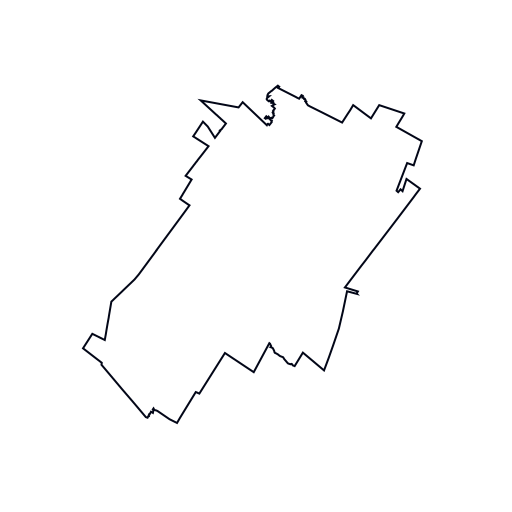 Cedral, San Luis Potosí, Mexico (Albers equal-area conic projection), rotated 206°
{"feature_id": "50627088B34080095276274", "entity_name": "Cedral", "entity_type": "district", "adm_level": 2, "iso_a3": "MEX", "parent_name": "Mexico", "parent_adm1": "San Luis Potosí", "projection": "albers", "projection_center": [-100.648, 23.94], "detail": "fine", "context": "isolated", "style": "outline", "palette": "ink", "viewbox_px": 512, "rotation_deg": 206, "n_neighbors": 0, "source": "geoboundaries", "source_scale": "gbopen_adm2", "svg_char_len": 3712}
<svg xmlns="http://www.w3.org/2000/svg" viewBox="0 0 512 512"><g transform="rotate(206 256 256)"><path d="M300.9,70.2L284.4,62.9L282.6,63.1L282.6,64.5L282.5,64.8L282.3,64.7L282.0,65.1L282.5,65.7L282.6,65.8L282.4,66.5L282.7,66.9L282.5,67.3L282.2,67.3L282.1,70.0L279.9,69.8L280.5,72.3L281.5,72.8L281.3,74.1L279.9,73.1L277.6,73.5L276.5,73.5L262.2,71.4L253.8,71.3L253.4,77.0L250.5,107.3L246.6,107.5L241.4,155.2L207.1,150.6L205.8,183.5L204.9,183.3L204.0,182.5L202.9,181.7L202.6,181.0L202.9,180.5L200.7,180.6L199.9,180.1L198.6,179.1L197.7,178.3L197.1,177.5L196.4,177.2L195.7,177.3L193.3,177.2L192.1,176.9L190.6,176.6L189.3,176.7L187.3,176.9L186.9,176.7L185.4,175.7L180.3,173.5L178.9,173.6L177.6,173.8L177.4,173.9L177.2,174.3L176.8,174.6L176.3,174.6L176.0,174.4L175.1,173.9L174.6,173.8L174.0,173.9L173.6,174.0L173.0,174.0L171.5,189.7L144.7,183.0L146.0,196.4L147.5,209.5L149.7,227.1L153.6,244.2L158.7,264.2L148.6,266.2L149.1,266.4L149.1,267.1L149.0,267.9L148.9,268.8L162.3,266.7L160.4,276.4L157.0,293.6L155.7,299.7L153.2,312.6L153.0,313.3L149.1,332.6L146.5,345.5L143.0,363.2L140.1,378.0L139.5,381.4L138.1,388.4L154.5,391.2L152.7,378.5L155.3,379.3L156.2,375.7L158.3,376.3L160.9,405.8L154.0,406.6L154.9,413.0L157.3,431.9L186.4,433.6L186.5,433.6L186.1,438.2L185.6,443.4L185.3,447.0L185.2,449.1L211.4,445.6L213.0,430.1L221.0,431.6L223.1,432.0L225.7,432.5L233.6,434.0L234.8,434.2L235.3,428.2L235.6,426.0L235.7,425.4L235.7,425.2L235.9,423.8L237.1,413.7L260.2,414.0L260.4,414.0L273.4,414.1L274.8,414.2L275.4,414.2L278.4,415.9L278.4,416.7L279.1,416.7L279.6,416.7L279.6,417.7L280.2,418.1L281.0,418.1L281.5,418.1L281.6,418.3L281.5,418.7L283.0,418.7L283.5,418.7L283.3,419.5L284.1,419.6L284.4,419.6L284.3,420.1L284.3,420.5L285.6,420.5L285.7,419.6L286.2,416.3L286.6,416.3L287.6,416.3L289.1,416.3L289.7,416.4L290.5,416.4L309.5,416.7L309.4,418.3L310.7,418.2L310.7,419.4L311.5,417.7L311.4,417.6L311.2,417.6L311.2,417.3L310.9,417.3L311.0,416.9L311.6,416.8L311.7,417.2L312.2,416.3L313.1,414.2L314.2,411.4L314.6,410.9L315.1,409.8L316.2,407.4L316.2,405.6L315.8,404.4L314.7,405.0L314.2,405.3L314.6,404.3L314.7,404.1L315.2,403.2L315.3,402.2L315.2,401.8L315.2,401.7L314.5,401.2L314.2,401.1L312.4,400.7L312.0,401.5L310.8,401.1L310.7,401.1L310.3,403.2L308.5,402.8L308.9,400.6L307.4,401.3L306.8,400.7L307.7,400.5L305.8,400.4L306.2,399.9L307.5,397.9L304.8,397.3L303.7,396.8L304.1,394.7L303.2,394.4L304.2,394.6L304.3,393.7L303.5,393.2L303.8,392.2L302.7,391.9L302.8,391.3L302.0,390.6L301.3,390.2L301.7,389.3L301.5,388.7L301.7,387.0L302.7,387.0L302.9,386.4L303.9,386.2L304.0,386.0L305.8,386.8L306.1,385.6L308.0,386.1L308.5,383.8L306.6,383.5L307.9,384.3L307.1,385.4L306.3,384.9L306.0,385.6L304.2,385.2L302.3,384.6L301.3,384.4L301.0,384.4L301.0,383.5L300.6,383.2L300.9,381.8L300.9,381.7L301.4,379.6L303.2,380.1L303.3,380.0L303.6,378.8L303.6,378.3L335.4,388.4L336.8,381.9L373.9,371.6L353.7,365.6L353.1,365.5L350.5,364.7L350.2,364.6L348.3,364.1L348.2,364.0L347.6,363.8L346.7,363.6L341.1,361.9L342.4,355.5L342.4,355.1L343.1,353.8L343.5,353.0L343.0,352.8L344.7,344.2L356.1,351.2L362.6,353.5L364.3,340.1L364.4,339.4L364.9,336.0L349.3,334.2L349.1,334.2L346.8,333.9L348.4,326.2L348.6,325.2L350.4,316.9L350.7,315.0L351.0,314.0L351.2,312.9L351.3,312.2L351.7,310.5L352.0,308.8L354.4,297.2L347.4,296.5L348.7,281.7L348.9,279.7L348.9,279.0L349.4,274.1L345.8,273.5L344.4,273.3L341.0,272.8L340.4,272.7L338.0,272.4L339.7,262.8L346.4,226.3L348.0,217.5L347.9,217.5L353.3,188.0L354.8,182.1L354.8,181.9L360.3,167.0L360.9,165.3L364.4,155.9L365.4,153.1L366.0,151.6L361.8,137.3L361.4,136.1L359.7,130.0L358.1,124.5L356.7,119.9L355.1,114.2L369.0,114.3L371.0,97.2L347.8,92.4L347.2,90.5L342.4,88.4L318.5,77.8L300.9,70.2Z" fill="none" stroke="#020617" stroke-width="2"/></g></svg>